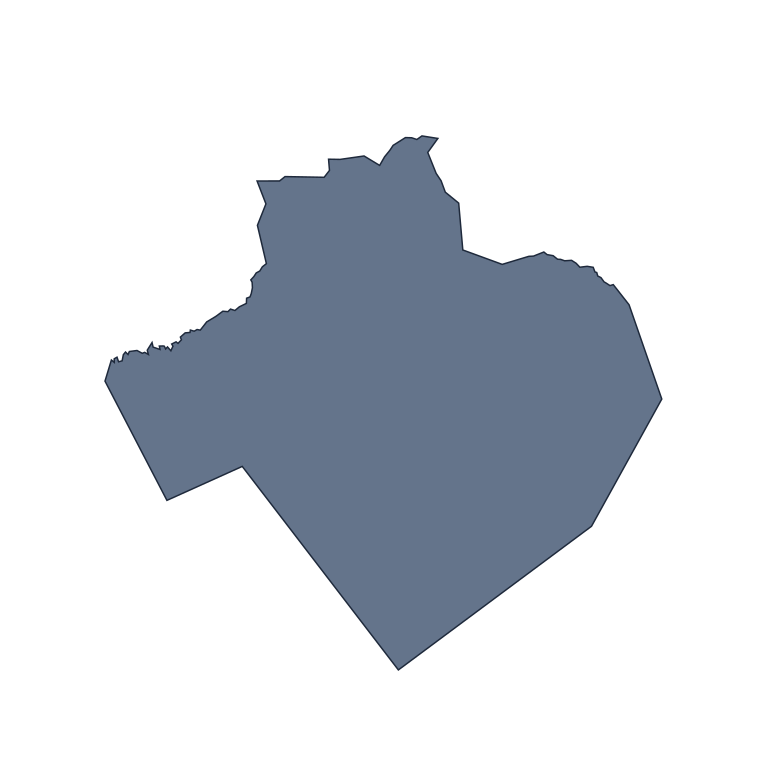 outline of Dei District, Western Highlands, Papua New Guinea, rotated 143°
{"feature_id": "67681753B60748012983133", "entity_name": "Dei District", "entity_type": "district", "adm_level": 2, "iso_a3": "PNG", "parent_name": "Papua New Guinea", "parent_adm1": "Western Highlands", "projection": "robinson", "projection_center": [144.353, -5.658], "detail": "fine", "context": "isolated", "style": "filled", "palette": "slate", "viewbox_px": 768, "rotation_deg": 143, "n_neighbors": 0, "source": "geoboundaries", "source_scale": "gbopen_adm2", "svg_char_len": 1515}
<svg xmlns="http://www.w3.org/2000/svg" viewBox="0 0 768 768"><g transform="rotate(143 384 384)"><path d="M587.3,567.2L605.1,554.2L627.4,421.7L546.8,403.5L544.6,147.0L529.2,146.9L303.9,145.5L171.2,204.8L140.6,299.8L141.1,325.4L144.3,326.6L146.0,331.3L146.8,333.1L146.7,338.4L148.3,341.6L147.0,345.0L148.1,346.5L146.7,351.3L150.9,355.7L157.3,359.4L157.9,364.8L159.8,369.9L165.6,373.7L167.9,377.2L170.3,379.2L171.7,384.7L175.9,389.2L176.9,393.2L187.7,396.2L191.5,398.8L217.6,408.4L240.4,443.6L215.5,483.5L219.6,500.3L216.1,511.9L215.6,520.8L209.7,542.6L193.2,547.7L204.4,559.3L210.6,559.5L213.7,564.0L218.6,567.9L233.1,569.1L238.7,567.1L246.8,565.1L255.9,561.2L257.1,564.1L262.7,578.1L283.9,589.8L293.0,596.9L299.0,587.4L307.4,585.1L338.2,609.2L345.2,609.0L363.2,622.5L369.9,598.9L389.6,586.9L405.5,550.9L410.6,550.8L415.2,549.0L419.2,549.6L423.3,548.1L427.7,547.3L428.1,544.6L431.2,540.0L435.6,536.1L438.6,534.2L442.1,535.2L445.4,531.2L453.1,532.7L458.8,532.4L461.5,536.2L465.1,535.7L468.9,539.1L477.6,539.2L488.2,540.3L498.3,537.6L500.5,540.0L503.8,540.4L506.2,543.6L507.9,541.9L512.0,544.5L518.4,544.0L519.2,541.2L524.1,540.4L524.7,542.8L529.5,543.7L529.8,541.2L534.2,538.8L534.6,543.9L537.3,543.4L536.7,546.4L537.5,547.3L540.6,549.5L542.1,546.4L546.2,552.4L544.3,556.7L552.7,553.5L554.4,549.4L556.1,553.3L558.6,554.0L561.1,559.4L567.8,563.2L570.7,561.6L571.2,565.1L574.5,564.3L579.2,560.1L582.6,561.5L581.1,566.1L584.3,566.5L586.4,563.6L587.3,567.2Z" fill="#64748b" stroke="#1e293b" stroke-width="1.5"/></g></svg>